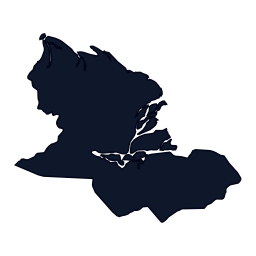 outline of Delta Amacuro
{"feature_id": "VEN-65", "entity_name": "Delta Amacuro", "entity_type": "State", "adm_level": 1, "iso_a3": "VEN", "parent_name": "Venezuela", "parent_adm1": "", "projection": "orthographic", "projection_center": [-61.33, 8.902], "detail": "fine", "context": "isolated", "style": "filled", "palette": "ink", "viewbox_px": 256, "rotation_deg": 0, "n_neighbors": 0, "source": "natural_earth", "source_scale": "10m", "svg_char_len": 5833}
<svg xmlns="http://www.w3.org/2000/svg" viewBox="0 0 256 256"><path d="M223.9,156.0L228.9,163.3L237.4,172.8L240.6,178.1L240.6,179.7L239.5,181.6L238.0,183.0L230.6,184.6L229.2,185.3L226.3,187.9L225.7,189.2L225.8,192.2L224.9,193.5L224.2,196.7L223.4,198.2L222.0,199.0L217.0,198.8L215.3,199.3L211.0,203.1L207.1,204.7L204.1,208.2L181.7,208.7L179.6,210.0L177.2,210.8L168.5,216.7L166.4,219.1L163.7,221.4L162.2,222.1L161.2,221.7L148.3,206.6L147.1,206.3L142.8,206.7L139.4,209.5L137.3,210.2L134.2,210.3L131.7,211.8L130.0,212.2L128.2,213.8L125.0,215.0L121.4,215.7L119.4,216.5L117.0,215.6L112.8,211.9L95.4,192.2L93.0,186.6L92.6,184.8L93.3,178.4L43.7,176.1L38.4,174.7L15.4,165.0L18.9,161.5L20.9,160.8L21.1,159.7L22.0,159.2L23.2,159.1L26.3,159.9L28.5,159.7L34.1,157.1L35.7,155.5L36.2,154.4L37.6,153.5L44.4,152.8L46.9,148.6L49.1,146.1L51.7,144.2L53.8,143.7L56.7,142.4L57.7,141.7L58.2,140.6L58.6,136.4L62.8,131.8L63.4,130.4L63.1,128.5L59.3,127.7L58.0,126.3L57.0,124.5L56.7,122.6L57.2,120.9L59.5,116.2L59.4,114.7L56.7,114.1L53.4,115.3L52.9,114.9L52.1,111.9L48.2,113.9L46.9,114.0L45.3,112.3L43.5,111.2L42.3,109.1L38.6,108.8L37.9,108.4L38.0,107.1L39.2,103.8L39.1,100.9L38.5,99.8L38.2,97.5L38.0,90.7L37.2,89.6L33.7,87.2L32.7,85.7L31.9,80.5L29.1,79.2L28.1,78.2L27.9,76.9L28.4,75.6L30.1,72.9L33.4,69.5L34.3,66.2L37.8,62.4L37.7,61.1L38.2,62.1L40.5,59.9L42.1,57.2L44.4,50.9L44.5,48.3L43.2,43.2L43.2,40.2L44.7,41.3L46.1,43.1L49.0,48.9L49.5,50.7L49.7,62.2L48.8,65.7L46.5,67.7L49.2,66.8L50.8,64.1L51.5,60.5L51.0,50.3L50.5,48.4L48.2,43.6L54.3,44.5L56.0,47.6L56.8,48.0L61.0,48.7L61.6,48.7L61.8,48.4L60.2,47.3L56.8,46.4L54.3,43.6L53.0,43.0L52.0,42.6L47.2,42.5L46.1,42.0L44.9,40.8L46.5,37.8L48.1,36.5L55.0,38.3L59.0,39.9L61.9,41.6L70.0,48.0L71.5,49.3L73.9,52.6L77.5,55.2L77.8,56.9L79.2,58.7L78.3,62.0L76.7,65.0L76.4,66.7L76.9,66.7L79.1,62.2L80.3,57.7L81.7,57.8L84.6,62.7L84.2,64.3L84.6,71.2L85.4,69.5L85.7,67.7L85.6,63.2L83.8,60.4L83.0,57.7L80.3,56.6L77.8,52.3L80.9,52.0L83.9,52.6L90.2,54.6L96.8,56.0L98.3,55.0L98.0,53.8L96.0,51.5L93.5,50.0L93.2,48.8L92.1,48.5L91.0,47.6L90.5,46.6L90.9,46.3L93.3,46.4L97.6,48.6L106.2,54.4L110.5,59.7L110.2,57.5L108.2,55.0L107.7,53.5L105.3,52.6L104.0,51.3L104.3,51.1L105.5,52.1L108.2,52.5L109.2,53.0L117.4,61.7L125.5,68.3L126.4,70.8L128.0,72.7L129.1,72.3L127.8,70.6L129.8,70.6L134.1,73.1L135.6,72.3L136.1,72.5L140.3,72.4L143.3,73.9L146.5,75.0L147.8,75.9L148.3,77.3L147.5,77.0L147.2,76.2L147.2,79.6L147.8,80.1L149.7,79.6L151.0,79.9L154.4,81.6L155.8,82.7L158.9,86.4L159.3,87.7L161.0,88.5L162.1,92.3L162.0,94.3L161.0,95.9L160.6,94.8L160.0,94.1L159.0,97.7L156.7,98.4L154.9,99.5L152.2,100.1L150.5,100.9L149.7,102.3L147.2,103.1L142.7,107.5L140.8,108.1L139.3,109.2L137.8,111.6L135.6,116.6L136.8,116.1L137.8,115.1L139.3,112.2L145.9,106.3L148.0,105.1L148.3,106.5L146.1,109.3L145.6,111.8L144.5,113.7L144.5,115.2L144.1,116.0L141.7,117.1L138.9,120.2L138.3,120.2L136.6,123.2L135.2,127.9L135.0,129.2L135.6,131.7L134.4,135.2L130.1,141.6L129.0,145.2L128.6,149.1L127.7,152.0L125.8,153.6L122.3,153.7L116.5,151.9L102.4,153.0L98.8,152.2L95.7,150.2L94.1,150.3L92.5,150.6L91.4,151.4L91.2,153.0L91.9,153.9L96.2,156.4L100.0,157.2L101.2,158.7L104.3,158.1L106.6,160.6L108.6,161.2L109.5,162.6L111.1,162.8L115.6,162.0L116.4,162.6L117.8,166.0L120.8,168.1L121.7,169.4L124.2,167.6L125.3,166.5L126.2,164.2L130.0,161.5L131.8,161.1L137.0,161.5L140.8,160.8L142.5,160.9L142.8,162.0L141.5,163.2L138.4,163.7L137.8,165.1L137.8,167.8L138.1,168.5L138.9,168.8L138.9,166.0L139.3,164.5L140.6,163.7L143.1,163.5L143.9,161.3L145.3,159.9L145.7,155.6L146.7,154.7L148.2,155.3L151.4,154.4L169.6,152.3L171.1,153.3L172.7,155.1L175.0,156.3L181.6,156.9L186.9,158.2L188.3,158.0L189.4,155.8L191.1,154.1L192.9,150.8L195.5,149.8L209.6,150.7L212.9,151.5L216.0,152.9L220.4,155.4L223.9,156.0ZM144.9,134.6L152.4,133.6L154.1,133.0L155.9,130.6L162.6,130.6L166.3,128.8L166.7,129.9L165.9,130.9L166.4,131.6L167.5,132.0L168.1,134.4L169.1,135.4L170.1,137.2L167.0,139.4L165.1,139.6L163.3,141.1L160.9,145.0L160.3,146.8L157.1,149.6L154.0,149.8L151.1,149.5L147.2,150.3L144.4,149.5L137.1,150.0L132.3,153.1L130.9,153.1L130.4,152.4L131.2,144.6L132.1,142.7L134.5,139.9L137.0,138.1L139.8,136.5L144.9,134.6ZM143.4,151.9L145.0,152.5L145.3,154.6L144.2,156.5L142.5,157.4L140.6,156.4L140.5,157.5L141.3,159.4L134.5,160.4L125.9,159.6L122.8,159.7L124.8,156.2L126.3,155.1L128.4,154.7L130.1,155.2L132.7,157.3L134.5,158.1L133.4,156.7L133.5,156.0L136.7,152.5L137.7,152.2L143.4,151.9ZM151.1,117.7L152.9,117.3L154.7,117.7L157.7,119.9L155.5,120.5L156.7,122.4L155.6,124.8L153.4,127.0L150.0,129.5L139.2,134.1L137.3,134.5L143.3,129.8L146.1,125.7L147.0,123.0L149.7,120.8L150.1,118.5L151.1,117.7ZM113.1,154.3L114.8,155.1L119.2,155.1L120.0,156.6L120.2,159.7L121.2,160.7L123.6,162.1L123.4,164.5L122.3,165.0L120.9,164.5L119.0,162.9L118.3,161.4L117.3,160.1L112.3,160.3L109.6,159.8L106.8,157.6L105.0,156.7L103.5,156.6L101.0,155.6L101.3,154.8L106.2,155.4L109.2,155.3L111.0,154.2L113.1,154.3ZM164.1,143.1L166.8,142.7L170.9,139.4L171.2,139.6L170.0,142.1L170.0,143.7L170.7,145.1L171.7,145.6L176.1,145.8L176.7,146.9L175.6,149.7L172.9,149.9L171.1,149.3L169.4,149.2L167.9,149.6L164.3,149.6L163.2,150.2L160.2,150.0L160.1,149.3L164.1,143.1ZM137.8,129.0L136.9,128.1L138.3,123.0L139.1,121.7L144.5,120.0L149.0,114.6L150.3,113.8L152.2,113.6L156.6,112.1L156.4,114.3L156.1,114.9L156.1,114.3L155.4,115.8L154.7,116.4L151.9,116.6L150.6,117.0L149.3,117.9L142.5,124.2L141.1,127.2L137.8,129.0ZM154.9,110.4L153.6,111.9L149.5,113.3L147.8,114.3L149.2,111.5L149.8,106.5L152.1,104.8L155.0,104.0L156.5,104.1L157.2,105.1L157.0,106.6L156.5,108.2L154.9,110.9L154.9,110.4ZM159.4,103.1L162.4,101.3L164.2,101.1L166.6,104.2L165.7,104.6L163.3,104.5L161.0,105.9L159.8,108.7L158.9,110.0L157.2,110.4L158.5,104.6L159.4,103.1ZM44.6,33.9L45.4,35.8L45.0,36.9L43.2,38.5L40.0,39.4L39.9,38.3L40.9,36.1L42.4,34.4L44.6,33.9Z" fill="#0f172a" stroke="#020617" stroke-width="1.5"/></svg>